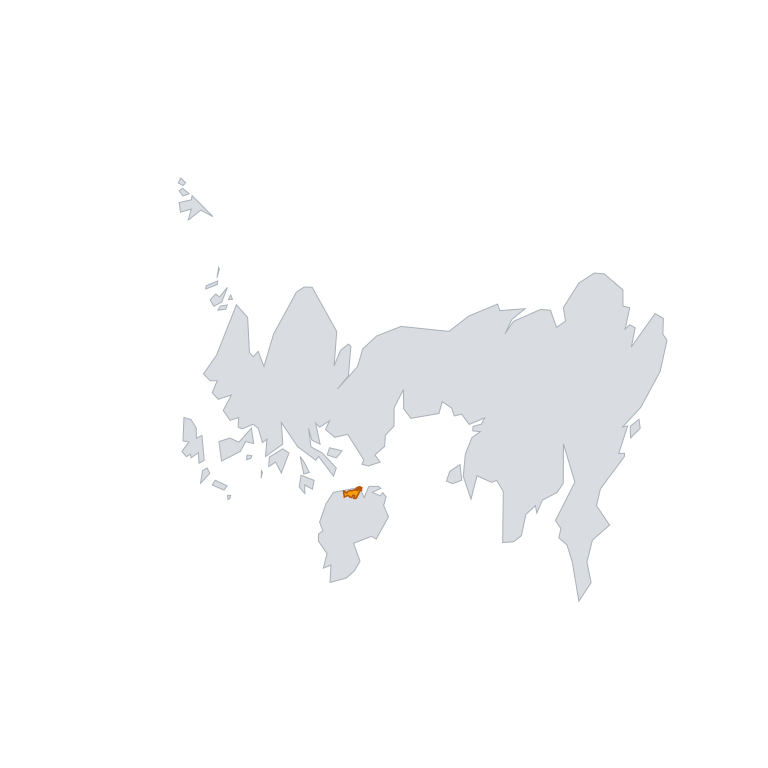 United Kingdom, with Larne highlighted, rotated 298°
{"feature_id": "GBR-2095", "entity_name": "Larne", "entity_type": "District", "adm_level": 1, "iso_a3": "GBR", "parent_name": "United Kingdom", "parent_adm1": "", "projection": "natural_earth1", "projection_center": [-5.903, 54.904], "detail": "fine", "context": "in_parent", "style": "filled", "palette": "amber", "viewbox_px": 768, "rotation_deg": 298, "n_neighbors": 0, "source": "natural_earth", "source_scale": "10m", "svg_char_len": 4683}
<svg xmlns="http://www.w3.org/2000/svg" viewBox="0 0 768 768"><g transform="rotate(298 384 384)"><path d="M415.4,570.5L380.5,588.9L369.4,587.7L355.9,578.4L341.8,579.5L347.7,574.8L335.5,570.5L314.5,576.5L305.4,572.4L299.7,563.2L345.0,539.9L351.8,528.7L347.7,525.2L346.6,509.2L323.1,514.9L339.8,497.3L360.1,488.8L377.8,486.8L387.1,491.3L384.3,484.3L388.3,482.6L394.4,488.9L401.2,488.7L388.3,478.2L393.8,466.8L388.8,461.0L394.6,455.0L395.7,443.8L383.7,446.3L366.3,423.8L371.3,413.0L388.3,403.8L367.7,404.1L351.5,412.6L339.6,409.2L329.1,413.8L317.0,409.3L313.3,417.3L304.3,408.7L302.8,402.1L307.4,402.0L322.5,375.6L313.8,365.5L316.4,353.7L326.0,353.2L315.6,347.5L317.3,342.0L300.9,355.8L300.6,346.7L309.5,338.1L294.2,349.1L294.1,361.8L287.4,381.3L278.9,382.7L289.4,360.2L284.7,359.6L288.1,337.3L301.8,311.4L283.4,322.9L264.4,313.4L280.3,306.6L275.2,304.1L285.8,293.9L287.0,287.3L277.8,279.9L277.5,275.4L286.2,271.4L279.7,265.2L285.1,254.5L302.8,254.5L292.7,245.0L295.6,236.4L308.5,235.2L305.3,229.1L308.1,219.9L330.9,222.6L384.7,216.5L378.8,232.3L348.5,250.5L346.8,255.9L353.8,257.6L343.1,269.8L376.0,263.1L424.0,263.5L432.2,268.1L435.7,275.1L408.2,317.6L376.4,331.5L393.2,329.8L402.5,333.8L401.7,337.1L374.5,348.7L357.5,345.2L387.1,352.5L404.9,348.7L423.0,355.0L442.9,372.1L460.9,416.6L483.7,426.9L507.9,446.8L503.1,451.8L516.7,473.2L501.0,466.6L485.2,467.2L500.1,468.9L523.5,487.4L527.2,496.5L515.0,509.7L524.7,514.8L535.7,506.5L564.7,508.7L580.7,517.6L584.6,526.8L579.3,550.7L564.9,558.5L566.8,565.1L545.7,571.1L551.7,573.2L551.6,579.4L532.7,585.0L573.5,590.3L573.1,599.8L558.8,606.9L555.6,613.3L524.8,621.9L484.1,621.7L457.9,614.8L461.4,618.8L432.8,623.9L435.8,629.0L432.8,630.3L393.0,624.3L376.4,628.7L365.3,649.4L344.0,641.3L322.0,646.8L305.9,660.1L283.8,658.0L315.1,633.9L327.8,621.2L330.2,610.6L339.5,608.0L343.9,599.5L387.0,598.6L415.4,570.5ZM268.8,450.3L243.4,449.9L243.6,444.5L229.1,431.9L216.3,446.0L204.9,445.5L195.0,441.8L183.4,429.5L199.2,422.2L193.0,416.9L207.5,413.3L214.5,399.9L220.9,396.6L225.6,398.9L231.8,392.0L250.7,389.0L264.5,390.2L281.0,410.7L274.5,419.8L286.4,418.7L290.9,427.1L290.4,430.1L282.8,424.5L283.5,433.2L287.4,433.8L285.4,438.8L276.6,440.7L268.8,450.3ZM262.0,230.2L257.0,238.9L248.0,243.8L253.1,247.4L232.1,261.1L227.2,257.9L236.1,252.3L228.3,248.3L231.1,245.9L227.1,243.7L229.5,237.3L241.3,238.9L239.4,233.3L260.5,223.1L262.0,230.2ZM264.0,273.5L264.4,283.2L282.8,287.6L270.2,296.9L268.3,288.9L257.0,288.8L239.7,276.7L255.7,265.3L264.0,273.5ZM448.0,117.9L456.2,127.5L460.2,126.1L451.5,154.3L451.5,140.6L436.9,134.2L448.0,131.7L440.2,123.7L448.0,117.9ZM278.5,332.5L257.2,335.1L264.2,325.0L257.0,321.0L265.6,317.1L279.2,325.0L278.5,332.5ZM337.8,483.1L348.6,488.9L335.5,497.8L328.2,491.3L327.6,484.7L337.8,483.1ZM264.5,353.6L266.1,367.6L257.5,370.2L257.6,361.3L250.1,365.6L253.2,357.5L264.5,353.6ZM384.4,193.2L383.7,197.9L395.8,200.4L380.1,202.2L372.7,197.2L376.7,191.0L384.4,193.2ZM305.4,378.3L296.3,376.6L294.7,367.1L302.1,365.9L305.4,378.3ZM472.6,625.7L465.1,631.0L452.2,627.0L462.3,621.3L472.6,625.7ZM270.9,359.6L266.8,355.5L280.6,344.0L277.7,349.8L270.9,359.6ZM222.3,264.5L226.8,267.3L223.2,272.1L210.2,268.6L222.3,264.5ZM220.4,293.3L215.2,292.5L214.2,279.8L219.8,280.2L220.4,293.3ZM460.5,122.7L455.7,118.2L458.3,112.5L462.2,114.2L460.5,122.7ZM396.9,188.8L393.5,190.1L384.2,182.0L387.2,180.8L396.9,188.8ZM380.2,208.5L375.8,209.1L371.2,202.7L376.0,202.9L380.2,208.5ZM470.4,107.9L468.6,114.3L464.9,113.6L465.0,108.0L470.4,107.9ZM408.4,184.6L399.4,186.6L409.3,183.3L408.4,184.6ZM258.7,300.9L256.0,301.4L252.6,298.2L257.0,296.5L258.7,300.9ZM390.7,206.8L387.7,210.4L385.3,207.1L390.7,206.8ZM248.7,318.1L243.2,319.8L250.5,316.1L248.7,318.1ZM213.7,300.9L210.3,301.6L208.8,300.5L212.2,298.1L213.7,300.9Z" fill="#d9dde1" stroke="#a8b0b8" stroke-width="1"/><path d="M270.4,398.5L270.6,398.6L270.9,399.1L270.8,400.0L270.1,401.9L270.2,402.3L271.4,402.4L272.4,402.8L273.4,403.5L274.2,404.4L274.4,404.7L274.6,405.6L274.9,406.0L275.1,406.2L275.8,406.6L276.1,406.9L276.4,407.3L276.8,407.8L277.1,408.4L277.2,409.2L277.6,410.6L278.6,411.0L279.8,411.4L280.8,412.5L281.0,412.5L280.3,411.4L277.7,409.3L278.4,408.5L279.6,408.7L280.8,409.5L281.6,410.4L282.1,412.0L282.0,413.2L280.0,413.5L279.5,414.1L278.9,413.1L278.0,412.8L277.6,413.1L276.7,412.9L274.1,413.2L273.5,412.8L272.6,413.1L271.7,412.9L271.2,413.2L270.6,412.9L270.0,413.0L269.3,412.3L269.4,411.7L268.8,411.0L268.9,410.7L271.3,410.6L271.7,410.3L271.8,410.0L271.0,408.8L270.1,408.8L269.7,409.0L268.5,408.6L268.1,406.7L268.5,406.0L268.7,404.7L268.2,404.0L267.0,403.2L266.2,402.2L265.6,402.0L268.1,400.2L268.4,399.7L269.2,399.6L270.3,398.5L270.4,398.5Z" fill="#f59e0b" stroke="#b45309" stroke-width="1.5"/></g></svg>